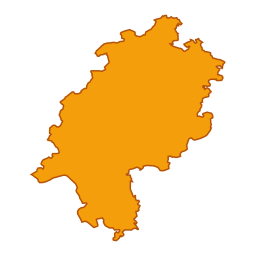 map outline of Hessen (Equal Earth projection)
{"feature_id": "DEU-1574", "entity_name": "Hessen", "entity_type": "State", "adm_level": 1, "iso_a3": "DEU", "parent_name": "Germany", "parent_adm1": "", "projection": "equal_earth", "projection_center": [9.183, 50.526], "detail": "fine", "context": "isolated", "style": "filled", "palette": "amber", "viewbox_px": 256, "rotation_deg": 0, "n_neighbors": 0, "source": "natural_earth", "source_scale": "10m", "svg_char_len": 5772}
<svg xmlns="http://www.w3.org/2000/svg" viewBox="0 0 256 256"><path d="M202.5,42.3L201.0,43.3L200.5,44.4L201.0,46.4L202.0,47.7L202.3,50.0L203.7,50.4L205.2,51.8L206.7,51.7L210.3,52.7L210.7,53.2L210.3,54.5L210.7,55.1L211.9,55.9L212.5,57.8L218.1,59.5L220.0,59.6L224.5,61.8L224.7,62.2L224.4,62.9L223.3,64.1L222.8,65.1L222.4,68.1L222.1,68.5L221.1,67.5L221.1,66.7L220.1,65.7L217.1,66.1L216.4,66.6L217.0,67.1L217.5,68.0L219.8,68.6L219.5,69.9L218.1,72.0L217.6,74.2L217.7,74.6L219.1,74.8L220.1,75.4L221.7,75.6L222.7,76.9L222.9,78.0L221.6,80.4L217.1,80.6L216.2,80.1L216.1,79.1L214.8,79.5L213.9,79.2L210.6,79.3L208.7,80.5L208.5,81.8L208.7,82.4L210.0,83.8L210.3,85.1L209.9,85.9L207.7,86.3L203.7,85.7L203.2,85.8L202.9,86.4L202.8,87.0L203.2,87.5L204.3,87.1L204.3,88.6L204.7,89.4L205.2,89.2L206.2,88.1L207.3,87.9L209.2,89.1L210.1,90.7L211.1,91.7L208.7,94.1L208.5,94.5L208.8,95.2L208.8,96.2L208.5,96.6L204.6,97.5L202.8,98.4L202.8,98.9L202.2,100.3L202.5,102.2L200.9,102.6L200.5,103.5L201.7,104.8L201.5,106.6L199.9,109.4L200.0,110.6L198.4,111.9L197.5,113.1L197.2,115.5L197.6,116.4L199.4,116.1L201.6,117.0L202.7,117.1L203.2,116.8L203.7,115.9L202.7,114.5L203.0,113.6L207.1,112.2L211.5,113.3L212.6,115.3L212.8,117.6L212.5,118.0L211.4,118.1L210.4,119.3L210.7,120.4L210.7,122.8L211.3,124.4L210.4,127.6L210.6,128.1L211.2,128.1L210.4,130.1L207.0,134.9L205.4,136.1L200.5,138.4L194.9,140.0L193.4,139.7L191.3,137.9L189.5,138.4L188.6,139.6L186.7,145.1L187.2,149.2L185.1,150.7L181.8,151.8L181.3,152.3L180.7,153.0L180.1,154.4L180.2,155.6L180.6,156.0L180.3,156.4L176.5,157.4L175.3,157.4L174.0,156.9L172.2,157.2L170.9,156.1L170.0,156.5L168.3,156.2L168.1,157.1L168.3,159.1L167.5,161.9L168.0,162.4L169.6,162.7L169.9,163.1L168.6,165.5L168.5,166.0L169.0,168.2L168.2,169.0L163.4,170.7L160.3,170.6L158.0,167.5L154.2,165.9L146.8,165.4L143.5,166.2L143.1,167.8L141.7,169.2L140.0,170.1L139.8,169.9L140.4,168.7L137.0,167.2L132.8,168.8L130.1,169.3L129.2,169.9L128.9,170.5L128.7,173.2L127.3,173.6L126.4,174.6L127.6,175.3L129.1,174.9L130.3,175.4L130.7,177.7L131.5,178.7L131.4,179.8L132.4,181.7L130.4,181.3L130.3,189.2L133.1,196.0L133.6,196.8L134.0,196.9L135.0,195.6L135.4,195.6L135.4,198.5L136.0,200.0L137.1,200.6L138.7,200.4L139.3,201.3L138.9,202.2L137.6,203.8L137.9,204.6L140.0,205.7L138.7,208.3L138.6,209.2L138.9,210.3L137.9,211.1L136.0,211.4L136.1,212.8L137.0,216.1L133.9,219.1L134.2,219.8L135.8,221.1L136.9,222.7L136.2,223.7L135.6,223.7L134.5,222.8L134.1,223.0L134.1,223.5L136.0,225.6L138.1,228.6L138.2,229.4L137.3,229.4L136.2,228.4L134.2,228.3L133.6,228.4L131.7,229.9L130.9,230.1L129.1,229.8L124.5,230.0L122.4,232.1L123.6,234.1L123.8,234.8L123.4,235.6L121.3,236.6L120.9,236.3L120.8,235.8L120.3,235.7L119.5,237.8L116.4,240.6L113.4,240.1L113.1,239.4L113.3,238.1L114.7,237.3L114.9,236.8L114.6,234.5L114.7,233.4L116.4,231.8L117.9,232.8L118.4,232.7L119.6,230.9L119.7,230.2L119.5,229.6L114.6,230.0L112.9,227.9L109.5,227.9L105.8,226.0L104.9,225.1L103.7,222.8L103.4,221.6L103.8,220.8L103.7,219.9L102.9,218.9L102.5,217.9L96.4,219.2L96.3,219.6L97.8,224.9L97.8,225.7L97.2,226.3L93.8,227.5L88.4,222.8L86.5,221.6L84.6,221.3L82.0,222.2L80.6,219.1L77.6,213.7L77.7,211.0L79.1,209.0L81.2,207.8L83.8,207.4L86.6,204.3L86.8,203.3L85.7,202.9L82.6,203.3L81.4,200.7L79.9,198.4L79.2,195.7L76.6,192.1L76.1,190.8L77.3,187.3L75.7,183.9L67.3,176.0L65.1,175.2L63.0,175.3L53.1,178.0L50.0,179.9L46.2,181.6L42.8,182.5L39.6,182.6L38.2,180.9L38.0,179.6L37.4,178.8L32.3,175.0L31.3,174.5L36.6,171.4L36.9,171.0L37.3,169.2L38.2,168.0L41.2,167.8L42.5,168.9L43.2,168.9L43.9,166.2L41.8,164.9L41.2,164.3L41.2,163.6L41.4,162.7L42.3,160.9L43.3,159.8L47.9,157.9L48.9,157.0L50.3,158.0L51.2,158.2L52.9,156.2L52.1,155.2L52.2,154.6L52.7,153.6L57.0,153.6L58.3,153.3L59.1,152.6L59.1,151.7L58.0,148.7L57.4,147.8L55.8,146.8L53.4,142.7L52.1,142.1L51.6,141.0L48.0,140.2L47.5,139.8L47.6,139.3L48.6,138.6L49.6,135.8L51.1,134.3L49.6,133.2L49.7,128.9L50.0,127.7L51.3,127.0L52.5,125.6L53.8,125.2L55.2,125.4L57.0,127.0L58.7,126.9L60.5,125.6L62.6,121.2L62.3,120.7L61.5,120.4L61.0,119.6L60.8,118.1L59.2,114.8L60.0,113.1L60.3,111.4L61.1,110.1L62.9,109.1L63.6,105.5L63.0,104.7L61.1,103.5L61.0,102.8L60.3,102.3L60.4,101.8L64.6,98.8L65.4,97.2L66.9,96.3L72.2,92.0L73.7,92.0L74.6,93.5L75.0,93.8L78.5,93.8L80.9,92.4L81.1,92.0L81.0,91.1L83.4,89.1L84.8,88.4L86.3,88.5L86.6,87.9L86.8,85.6L88.4,82.7L89.9,82.0L91.3,79.5L92.7,78.0L91.9,75.1L92.1,73.8L90.8,71.6L91.2,70.8L99.2,70.8L101.8,71.3L105.4,69.5L105.4,68.8L104.5,67.1L108.8,62.9L109.0,62.4L108.9,61.2L107.4,55.3L106.5,54.8L106.7,53.4L105.9,53.3L103.8,54.4L100.2,55.0L99.3,56.1L98.4,56.3L97.2,55.9L96.7,54.5L95.2,53.3L96.6,50.7L100.9,46.9L101.4,46.0L102.9,45.2L103.5,44.2L107.1,43.1L110.6,42.9L113.5,42.3L117.1,43.0L120.1,41.5L123.3,41.3L123.9,40.8L124.4,39.3L123.8,38.7L121.9,38.4L121.6,35.5L120.4,33.9L120.7,33.0L121.1,32.5L125.1,30.9L129.6,29.7L134.5,31.8L135.0,32.3L135.1,33.2L135.0,34.8L136.9,36.2L140.4,36.7L143.5,34.9L145.0,34.9L145.9,31.9L151.5,28.9L152.6,27.1L154.6,25.3L156.1,21.5L154.3,20.1L155.3,19.6L160.9,18.1L162.7,15.9L163.3,16.4L164.8,15.4L166.3,15.5L166.6,15.9L166.7,17.4L167.9,18.0L169.5,17.9L171.2,16.8L172.4,17.8L174.0,18.2L176.8,17.7L177.5,19.1L179.4,20.0L180.3,22.2L181.9,23.5L181.2,24.6L180.7,24.8L178.1,23.5L177.8,24.1L178.6,25.7L178.0,25.8L176.7,25.4L176.1,28.3L174.8,28.8L176.5,32.2L177.3,33.2L178.2,33.5L177.5,34.7L178.1,35.8L177.9,37.1L178.2,39.6L177.7,40.4L173.6,40.7L172.3,42.3L173.0,43.6L172.9,44.3L170.1,43.8L170.6,44.6L172.8,46.2L179.6,48.4L180.6,48.4L181.7,48.9L183.9,51.2L185.0,51.3L188.5,48.9L188.8,47.7L189.6,46.5L188.9,46.2L187.0,47.3L184.5,45.3L184.0,44.2L188.3,41.9L190.2,41.4L190.9,40.8L190.5,39.6L191.4,39.8L193.4,40.7L194.6,42.8L195.6,43.2L196.7,42.3L195.7,40.3L195.7,39.6L197.4,39.4L198.1,38.7L198.7,38.6L199.1,40.1L202.5,42.3Z" fill="#f59e0b" stroke="#b45309" stroke-width="1.5"/></svg>